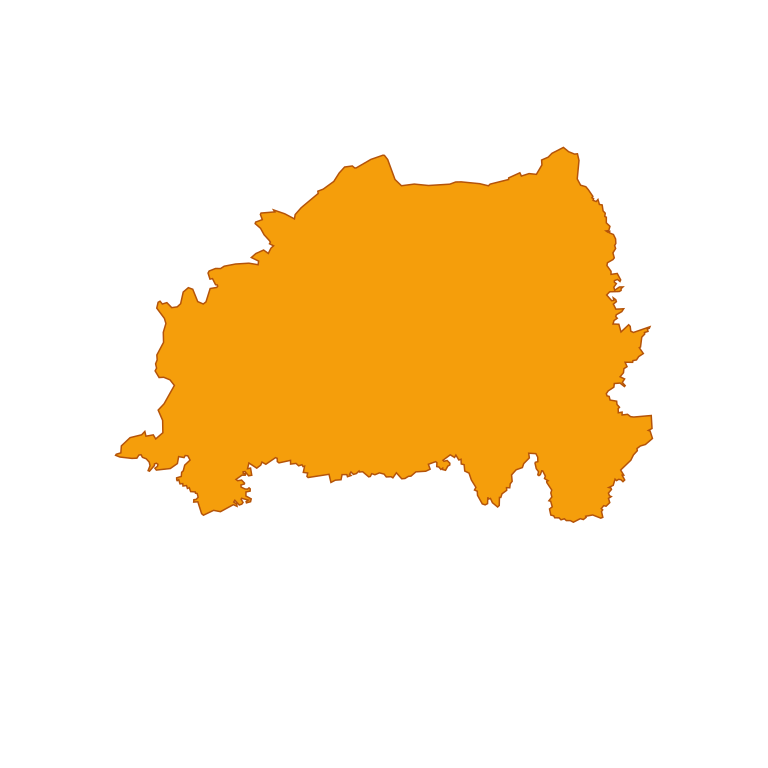 the district of Gaibandha, Rangpur, Bangladesh, rotated 245°
{"feature_id": "16705992B74857221285320", "entity_name": "Gaibandha", "entity_type": "district", "adm_level": 2, "iso_a3": "BGD", "parent_name": "Bangladesh", "parent_adm1": "Rangpur", "projection": "natural_earth1", "projection_center": [89.465, 25.343], "detail": "fine", "context": "isolated", "style": "filled", "palette": "amber", "viewbox_px": 768, "rotation_deg": 245, "n_neighbors": 0, "source": "geoboundaries", "source_scale": "gbopen_adm2", "svg_char_len": 6159}
<svg xmlns="http://www.w3.org/2000/svg" viewBox="0 0 768 768"><g transform="rotate(245 384 384)"><path d="M516.5,649.5L522.6,646.6L522.1,633.7L520.2,628.7L520.4,621.5L515.8,619.7L509.6,610.7L513.4,604.4L514.4,596.4L518.0,596.4L518.1,584.1L516.7,583.3L520.3,564.7L519.5,562.4L525.1,555.4L534.5,539.5L536.8,534.3L537.3,528.1L545.1,508.2L552.4,495.9L556.3,483.6L564.7,480.4L585.9,482.2L591.0,481.0L591.8,479.8L593.1,467.0L591.6,450.2L592.1,448.8L595.0,447.4L597.3,440.0L594.2,432.6L588.8,424.1L586.3,411.3L586.7,405.5L584.5,404.9L578.8,383.5L575.1,375.1L571.5,372.6L580.2,366.0L588.4,357.5L586.1,357.8L590.9,344.8L589.9,343.6L584.4,343.2L585.0,336.1L583.8,335.0L577.3,337.9L569.9,338.4L562.5,340.7L560.6,341.0L559.5,339.5L555.9,342.3L554.9,339.0L551.2,334.3L556.3,331.5L556.4,323.0L554.7,317.2L548.4,322.3L545.3,320.3L550.6,312.6L555.5,300.1L558.3,288.9L557.7,284.7L559.9,280.1L560.3,273.3L558.9,271.4L552.6,270.6L552.0,273.1L545.2,273.3L544.2,274.8L542.9,274.6L542.2,273.2L544.0,266.8L533.7,257.4L532.9,254.0L537.4,250.0L550.7,250.7L554.0,247.4L552.2,240.9L542.7,233.6L541.3,229.2L542.9,223.9L549.5,221.6L550.2,216.9L553.7,216.0L553.5,213.8L548.8,210.1L536.3,212.7L531.0,211.9L524.1,205.8L514.9,201.8L506.3,190.4L501.7,188.6L498.8,185.5L494.5,184.6L492.6,182.1L484.9,182.9L483.2,187.2L478.2,191.8L471.3,193.4L459.0,176.3L455.8,168.3L444.6,168.0L433.3,163.0L430.7,153.9L435.4,153.4L437.3,146.2L442.1,147.2L440.4,142.9L442.7,131.2L438.9,119.8L432.8,116.4L433.5,111.7L432.8,110.6L429.4,113.8L423.1,124.1L421.2,128.7L423.2,131.8L422.6,133.9L419.6,134.1L416.7,136.9L412.4,138.2L408.8,137.4L405.2,133.6L404.1,134.6L407.1,141.4L408.6,142.2L408.4,144.2L406.8,145.2L405.1,143.9L404.5,140.8L402.2,141.3L397.7,154.6L399.2,163.1L405.0,167.2L401.8,171.7L403.2,173.6L401.9,175.8L397.0,176.1L394.7,169.1L390.2,165.4L389.5,163.3L385.9,161.2L386.6,156.4L384.7,155.6L383.8,155.7L384.1,157.5L379.7,156.9L378.8,159.5L376.5,158.7L375.4,162.1L372.4,161.7L372.3,163.7L368.2,163.3L366.0,167.3L364.7,167.0L363.7,168.4L359.9,167.7L358.8,165.0L359.5,162.8L357.4,161.6L355.9,165.5L343.6,163.9L341.4,164.9L341.5,176.2L337.4,181.8L338.3,196.5L335.3,199.1L337.5,199.7L340.5,197.9L341.7,199.7L335.5,201.7L335.2,204.3L336.2,206.2L340.0,205.8L340.6,206.7L336.1,212.0L335.7,209.3L334.4,209.1L333.7,213.3L336.0,215.1L340.9,211.5L344.5,213.3L343.5,217.4L345.5,218.4L346.9,217.8L346.4,215.8L347.6,213.7L351.0,210.9L352.9,211.7L352.4,215.2L353.1,215.7L357.1,214.3L358.2,210.5L360.1,209.5L361.4,216.8L360.0,219.7L361.2,220.7L362.5,218.6L364.0,219.2L363.4,221.1L358.0,222.5L357.2,225.6L364.2,227.5L364.9,224.5L369.5,228.2L361.5,233.1L362.6,238.0L364.8,240.4L361.2,243.0L363.1,254.6L361.7,255.8L358.8,254.5L356.9,255.5L354.3,267.0L350.9,265.5L349.2,270.7L345.9,272.1L345.5,275.5L343.4,275.7L343.1,277.3L338.0,273.5L335.6,277.2L332.8,275.1L331.3,275.7L325.4,296.0L317.2,294.3L317.4,299.2L315.4,304.6L319.6,307.7L317.6,312.0L315.4,311.7L315.0,315.5L316.8,314.6L318.2,316.9L315.0,318.1L314.5,321.1L315.7,324.6L314.6,324.6L313.5,327.6L306.3,330.9L306.0,332.5L307.9,335.0L305.6,337.4L305.4,342.3L302.3,346.0L298.8,346.8L297.0,351.2L295.2,352.4L298.3,357.7L290.6,360.0L289.5,363.1L290.0,367.1L289.1,369.5L290.9,375.8L287.3,385.0L287.3,389.8L292.5,390.3L291.8,398.0L290.3,398.7L286.9,396.9L285.6,398.6L282.5,399.5L282.9,401.6L281.6,401.1L279.8,403.3L282.6,407.1L282.8,409.4L284.4,410.2L288.0,408.9L288.6,405.7L290.0,405.2L291.8,414.1L287.6,416.9L289.2,419.1L283.5,419.7L283.2,422.0L278.9,420.2L277.0,422.5L271.0,420.4L267.3,423.4L260.2,422.6L251.5,423.6L249.7,421.2L247.4,423.2L243.6,421.7L233.8,422.4L231.7,424.6L231.8,427.3L237.5,430.2L235.5,430.1L235.3,432.1L230.6,432.1L224.5,435.0L225.2,437.1L232.4,440.7L231.8,441.9L234.6,444.5L235.8,450.3L238.3,451.2L236.8,454.1L240.2,456.2L241.6,459.0L247.7,461.2L250.4,467.5L249.8,474.1L252.8,477.0L255.6,484.5L260.1,485.9L256.7,492.2L252.7,492.4L248.6,490.6L249.1,488.1L248.4,487.4L242.9,486.2L239.2,487.0L236.7,485.0L235.5,485.7L235.8,487.4L238.7,490.3L238.2,491.1L232.3,491.3L230.5,489.5L227.0,491.8L227.0,490.3L225.8,489.9L217.0,491.2L214.7,489.1L210.7,488.4L208.5,484.1L207.3,485.5L201.6,484.6L200.8,481.2L194.7,479.8L192.8,482.1L190.6,482.2L188.7,486.1L186.1,487.0L185.6,490.5L183.2,491.5L181.4,495.2L178.7,497.2L179.0,505.0L176.9,507.4L177.7,510.8L178.9,510.9L177.1,517.8L170.8,523.8L170.7,526.0L176.5,527.2L177.5,529.0L179.2,528.2L180.9,531.7L179.4,533.6L181.1,538.5L185.5,539.1L185.9,542.4L187.5,541.1L190.3,541.3L192.3,545.6L193.8,545.7L195.2,544.0L195.3,548.9L200.1,553.2L198.2,553.9L198.4,556.4L197.1,558.3L194.5,559.3L195.3,561.6L200.7,561.3L200.1,562.8L206.0,562.1L210.6,575.5L214.3,580.1L216.5,585.4L218.6,586.0L219.5,590.1L218.7,595.4L221.2,604.3L228.9,605.3L230.2,604.0L230.4,608.1L242.5,612.9L248.5,596.4L250.2,593.7L253.6,591.9L255.3,586.7L257.9,587.9L258.9,584.2L262.7,585.8L263.4,587.6L267.0,586.5L270.1,587.6L273.9,582.1L277.6,582.8L279.0,581.1L281.3,581.4L283.0,584.3L284.0,591.0L287.1,592.9L285.1,598.3L280.1,600.8L280.6,601.9L284.7,600.6L286.9,604.2L290.8,601.0L293.0,605.8L296.5,607.9L297.0,611.6L301.8,611.7L298.6,618.5L300.0,619.5L299.1,623.0L301.2,626.4L302.0,631.9L309.0,630.7L309.1,632.1L317.5,637.4L319.1,641.4L320.6,641.8L320.1,645.5L322.5,645.9L322.4,648.0L323.5,649.2L325.3,631.8L327.6,630.0L332.2,631.5L334.3,630.8L331.0,620.8L338.9,622.1L341.6,616.9L344.3,619.3L345.0,623.2L347.2,622.5L348.6,623.8L349.1,630.1L350.9,633.0L353.8,625.8L359.5,625.6L360.4,629.4L362.5,629.7L365.2,628.2L362.6,627.7L363.2,625.6L370.6,623.4L372.2,627.5L368.4,636.3L368.6,638.4L370.2,639.2L371.0,641.6L372.4,638.4L371.5,632.7L374.6,633.2L376.8,637.0L378.9,635.8L380.3,636.5L380.1,639.8L377.2,641.2L378.3,642.5L385.6,642.1L387.4,636.1L390.2,637.4L397.2,636.1L399.5,637.8L400.0,644.1L401.0,646.0L406.1,646.9L408.9,651.2L412.0,651.5L413.4,653.5L417.6,655.2L422.5,655.1L425.7,652.2L426.8,653.0L426.9,651.1L428.9,649.9L428.1,652.6L431.4,655.4L436.1,653.6L441.2,656.0L442.5,654.9L445.3,656.7L448.3,655.7L454.1,657.4L455.7,655.1L460.8,655.9L459.7,653.4L462.1,651.1L463.4,652.3L464.9,651.2L465.8,652.6L473.7,651.3L477.5,650.3L481.1,646.2L488.2,645.8L504.2,655.2L510.9,656.6L511.8,653.9L516.5,649.5Z" fill="#f59e0b" stroke="#b45309" stroke-width="1.5"/></g></svg>